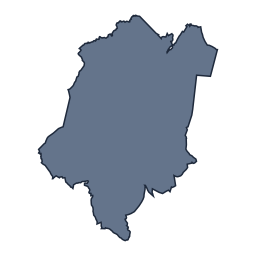 Ahuazotepec, Hidalgo, Mexico (Robinson projection)
{"feature_id": "50627088B25624644630099", "entity_name": "Ahuazotepec", "entity_type": "district", "adm_level": 2, "iso_a3": "MEX", "parent_name": "Mexico", "parent_adm1": "Hidalgo", "projection": "robinson", "projection_center": [-98.14, 20.057], "detail": "fine", "context": "isolated", "style": "filled", "palette": "slate", "viewbox_px": 256, "rotation_deg": 0, "n_neighbors": 0, "source": "geoboundaries", "source_scale": "gbopen_adm2", "svg_char_len": 5669}
<svg xmlns="http://www.w3.org/2000/svg" viewBox="0 0 256 256"><path d="M84.1,65.7L81.0,70.1L80.6,70.5L79.8,71.0L79.0,72.4L79.0,73.5L78.2,76.3L76.9,77.0L75.6,81.3L74.8,82.1L74.2,83.3L73.6,84.9L72.8,86.1L70.1,88.8L69.4,89.3L68.1,89.6L68.6,91.0L69.6,95.3L70.0,97.4L69.8,98.5L63.1,126.8L61.5,127.3L58.5,128.6L53.4,133.1L48.3,136.7L47.2,138.1L45.9,141.1L45.3,143.0L44.0,143.9L38.6,149.4L39.4,150.9L39.5,151.8L39.4,152.3L39.1,152.7L38.8,152.6L38.6,153.0L40.4,154.1L40.9,152.8L41.1,156.2L40.8,156.4L41.0,157.5L41.0,158.3L41.2,158.8L41.7,158.9L42.2,161.5L41.4,162.7L43.0,164.1L45.2,165.4L49.0,170.7L49.9,171.8L51.0,174.1L51.5,174.9L52.3,175.9L52.6,176.5L52.8,177.1L52.5,178.7L53.1,178.6L53.3,178.2L53.7,177.7L54.4,177.4L54.9,176.7L56.2,175.9L59.4,177.8L59.9,177.1L62.0,176.7L62.7,178.0L64.9,177.7L65.7,181.6L66.0,182.3L66.8,182.8L68.1,184.3L69.9,185.8L70.7,187.1L71.5,187.2L72.2,187.6L72.4,188.0L72.9,188.5L73.3,186.7L73.6,184.7L74.3,184.4L75.7,183.5L76.5,183.1L78.0,183.1L78.4,182.7L79.4,182.6L80.7,182.7L81.8,181.7L82.3,181.5L83.2,181.5L85.8,181.2L87.2,180.8L87.7,180.8L88.3,181.2L88.1,181.9L87.3,183.3L86.8,183.3L86.2,183.1L85.3,183.0L84.9,183.1L84.6,183.3L84.5,183.7L84.5,185.2L85.3,185.6L86.3,185.8L86.8,186.1L87.6,186.3L87.9,186.6L88.3,187.4L88.8,188.2L88.9,188.4L89.3,188.7L89.7,189.6L89.7,190.6L89.1,191.8L88.9,192.3L89.4,193.3L89.8,193.4L90.5,193.3L90.9,193.4L91.0,194.1L90.8,195.1L90.9,195.8L92.7,195.4L92.8,195.9L92.5,197.1L92.0,197.9L91.5,198.3L91.1,200.0L91.3,203.7L91.5,205.1L92.5,206.5L92.9,207.5L93.2,209.4L93.0,211.4L93.4,212.8L93.7,215.1L95.0,216.7L95.5,217.8L96.1,219.6L96.6,220.0L96.6,220.6L97.2,221.6L97.0,224.0L101.0,222.3L101.3,223.9L101.2,226.0L101.9,227.7L101.4,228.6L102.9,228.6L105.0,228.7L105.4,227.8L106.2,228.2L107.3,228.3L109.1,228.7L109.9,229.2L112.5,231.4L113.2,232.4L114.4,233.1L115.8,233.7L116.6,234.2L117.2,234.5L117.8,235.2L118.4,236.0L119.8,237.5L120.2,237.6L121.2,238.1L121.7,238.7L122.7,239.5L124.5,240.4L125.3,240.6L126.7,239.9L127.1,239.8L127.7,240.0L128.1,239.5L128.8,237.6L129.1,237.4L129.1,236.8L129.4,236.7L129.6,236.5L129.8,233.9L130.1,232.9L130.1,231.7L129.1,230.6L128.1,230.2L127.6,229.1L127.5,228.6L127.6,228.2L128.1,228.2L128.3,228.0L128.3,227.7L127.9,226.6L126.7,225.7L127.1,225.4L127.4,223.6L127.4,223.1L125.6,220.6L125.1,219.3L125.3,218.9L126.0,218.8L126.3,218.3L126.5,217.7L126.1,216.2L125.7,215.2L128.6,214.5L131.1,213.5L134.4,211.6L139.1,205.8L141.7,201.8L143.1,199.1L143.9,196.9L144.0,195.2L144.1,194.2L145.0,189.5L145.1,186.3L145.1,185.7L144.8,185.3L145.2,185.3L145.6,185.7L145.8,186.3L146.9,188.2L147.7,190.2L148.8,192.1L150.2,193.3L150.8,193.9L153.3,196.1L152.9,194.9L152.8,194.1L152.2,192.8L152.1,192.0L152.4,188.8L159.2,192.4L162.6,193.5L166.5,191.1L168.5,190.2L170.0,191.7L171.4,187.2L171.8,187.6L174.2,186.6L175.6,185.7L174.0,175.5L175.5,176.3L177.0,176.7L177.9,176.7L180.7,175.8L182.2,174.3L183.3,172.3L186.2,169.5L187.6,167.5L187.2,164.2L191.5,163.2L192.0,162.3L193.1,163.4L194.6,163.0L196.5,161.3L195.9,159.1L193.5,157.4L191.8,155.7L190.4,155.1L189.6,154.5L189.4,154.2L189.1,153.5L187.1,151.3L186.0,149.4L185.9,149.2L186.4,144.9L186.2,138.5L186.5,138.3L186.0,136.5L185.3,135.7L185.3,135.1L187.3,129.8L186.4,127.5L188.0,126.8L191.8,115.1L192.7,109.3L196.6,75.2L210.4,76.3L217.4,49.6L216.4,49.6L215.2,48.4L212.2,46.6L209.3,45.3L207.3,45.1L205.0,41.5L203.1,37.3L202.4,34.3L201.6,32.3L200.7,26.8L198.3,27.3L198.4,27.0L196.3,25.9L194.2,25.9L193.7,25.6L191.2,25.2L191.1,24.1L190.1,24.0L189.9,24.3L190.4,25.2L189.8,26.2L189.6,25.7L187.5,24.2L185.9,25.8L186.9,26.7L183.7,32.0L182.4,31.4L181.0,33.7L179.9,35.4L179.2,36.1L177.6,39.0L175.6,43.1L174.8,43.3L174.1,44.2L174.0,45.0L173.8,45.1L173.2,44.9L172.6,45.2L172.4,46.0L172.4,46.3L172.5,46.6L172.4,46.9L172.5,47.4L172.5,47.9L171.4,48.9L170.8,49.6L170.2,49.5L168.8,50.5L167.1,52.7L167.0,52.3L167.1,51.6L167.7,50.8L168.3,49.3L169.1,48.3L169.9,47.1L170.7,46.3L171.7,45.9L172.2,44.9L172.4,44.4L171.9,43.9L171.6,43.4L171.7,42.2L170.8,41.9L170.7,41.6L170.9,41.3L171.6,41.5L172.2,40.9L172.8,40.0L172.8,38.8L172.6,38.2L172.5,37.9L172.6,37.1L172.9,36.2L173.0,35.3L172.9,34.8L171.9,33.9L171.8,33.7L168.4,35.6L167.2,33.5L165.9,36.9L164.7,36.9L164.2,36.7L163.4,36.6L162.6,36.7L161.8,37.1L161.3,37.7L161.2,38.5L158.0,35.1L158.5,34.7L156.1,33.3L139.6,16.3L137.0,16.0L136.8,15.7L136.3,15.5L135.7,16.0L135.5,15.8L135.4,15.4L135.1,15.5L134.8,15.7L134.4,15.7L134.3,15.9L133.8,15.6L133.3,15.5L133.0,15.8L133.2,16.3L131.8,16.9L131.2,17.9L131.2,18.4L130.8,18.8L131.1,19.3L129.7,20.3L129.8,21.1L129.7,21.8L128.8,22.0L128.2,21.6L126.6,21.3L125.0,22.2L123.9,21.1L121.7,21.9L121.4,21.5L120.3,20.9L119.9,21.0L119.8,21.7L119.2,21.7L118.1,23.0L117.2,22.8L116.5,23.9L116.2,24.8L116.3,25.5L116.9,26.3L117.3,28.2L117.0,28.5L116.4,28.6L116.2,29.4L115.8,29.7L115.6,30.1L114.6,30.3L114.5,30.5L113.8,30.8L112.7,32.4L112.5,32.9L111.9,33.7L112.3,34.6L112.4,35.5L111.9,36.0L111.6,35.9L111.5,35.1L110.9,34.9L110.5,34.5L110.4,34.2L110.2,34.0L108.4,34.8L108.2,35.7L107.9,36.2L108.0,36.7L107.9,36.9L107.0,37.3L106.5,37.8L106.1,38.1L105.6,38.1L104.4,37.5L103.1,37.8L102.9,37.7L102.2,38.0L101.6,37.7L101.1,37.7L100.4,37.0L99.9,36.7L99.6,36.7L99.2,37.3L99.2,37.9L99.0,38.4L99.2,38.8L99.0,39.3L98.5,39.2L98.2,39.4L96.6,39.0L96.0,39.4L96.2,40.0L95.5,41.0L94.2,40.6L93.6,40.9L93.0,41.5L92.9,41.8L91.6,42.0L90.7,42.4L90.0,42.8L89.6,43.0L89.1,42.9L88.8,42.4L88.3,42.3L88.3,43.0L87.6,43.4L87.1,43.0L86.3,43.5L85.1,43.4L84.4,44.0L84.3,44.4L83.3,45.3L82.7,45.3L82.0,46.1L80.2,47.6L79.3,48.6L80.1,49.0L80.6,49.5L81.0,50.0L80.9,50.5L79.2,52.5L78.7,52.8L78.2,53.6L78.2,53.9L79.2,55.2L81.5,57.2L81.6,57.8L82.4,59.4L82.3,60.4L83.8,61.9L84.4,62.9L84.4,63.5L84.1,65.7Z" fill="#64748b" stroke="#1e293b" stroke-width="1.5"/></svg>